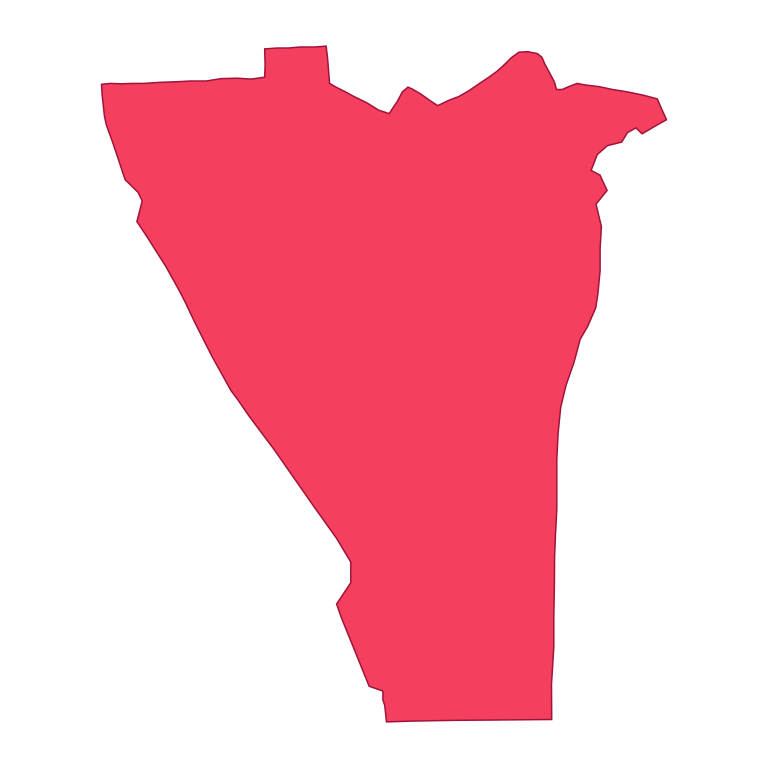 Al-Maimouna, Maysan, Iraq
{"feature_id": "34846034B98238894977989", "entity_name": "Al-Maimouna", "entity_type": "district", "adm_level": 2, "iso_a3": "IRQ", "parent_name": "Iraq", "parent_adm1": "Maysan", "projection": "equal_earth", "projection_center": [46.821, 31.466], "detail": "fine", "context": "isolated", "style": "filled", "palette": "rose", "viewbox_px": 768, "rotation_deg": 0, "n_neighbors": 0, "source": "geoboundaries", "source_scale": "gbopen_adm2", "svg_char_len": 1705}
<svg xmlns="http://www.w3.org/2000/svg" viewBox="0 0 768 768"><path d="M101.5,84.3L102.1,94.5L104.4,115.8L106.2,124.5L113.3,144.2L118.6,160.0L125.1,179.7L138.1,192.4L142.2,201.0L136.9,221.6L146.9,236.6L165.9,266.6L177.7,287.8L179.5,291.0L184.8,301.3L194.9,322.6L212.1,356.6L231.0,390.6L237.5,399.3L246.0,411.7L250.0,417.4L274.3,449.8L313.5,506.0L336.6,538.4L350.8,562.1L350.8,582.7L336.6,604.0L341.3,617.5L369.2,686.3L382.9,691.1L382.9,699.8L384.7,705.3L386.5,721.9L399.7,721.5L410.8,721.1L457.2,720.3L495.7,720.0L551.7,719.5L551.5,684.2L553.8,647.1L553.8,616.4L554.4,585.6L554.6,556.3L555.5,534.4L556.8,509.0L556.8,485.9L556.8,459.3L558.1,433.3L560.7,407.3L566.0,385.4L572.0,368.1L574.0,362.4L580.2,339.3L587.7,326.3L595.7,308.0L597.9,293.8L600.1,270.8L600.1,248.9L601.4,226.5L596.0,204.1L607.1,190.5L600.0,175.1L591.1,170.4L597.3,154.5L607.5,145.6L621.7,142.1L627.5,132.6L635.9,127.9L642.1,133.8L654.1,126.7L666.5,119.7L660.8,107.0L657.3,98.9L643.4,95.2L627.5,91.9L612.6,89.5L599.4,86.7L584.2,84.8L577.1,83.4L568.6,86.7L562.2,89.5L556.5,89.5L554.4,81.9L549.4,72.5L544.8,64.0L542.0,57.4L537.4,53.6L527.8,51.7L518.9,52.2L511.1,57.9L504.0,65.0L496.6,71.6L488.1,77.7L479.6,83.4L468.6,90.9L458.7,96.6L449.8,99.9L437.7,105.6L430.3,100.8L421.1,94.2L412.2,89.0L408.0,87.1L402.3,91.9L397.7,100.8L392.0,109.3L389.2,113.6L378.9,110.3L365.8,102.2L355.1,97.1L345.5,91.9L336.0,87.1L329.6,83.4L328.5,69.7L327.5,57.4L326.1,46.1L315.1,47.0L299.8,47.0L288.8,48.0L277.5,48.0L264.7,48.9L265.1,65.0L264.7,77.2L251.2,79.1L246.3,78.8L237.7,78.2L221.4,78.6L206.2,81.0L190.9,81.0L181.4,81.5L172.1,81.9L159.0,82.4L144.1,83.4L132.8,83.4L120.7,83.8L110.4,83.4L101.5,84.3Z" fill="#f43f5e" stroke="#9f1239" stroke-width="1.5"/></svg>